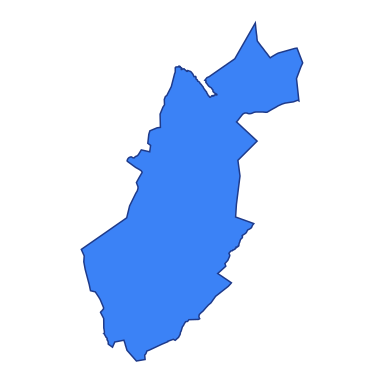 Høylandet nor, Nord-Trøndelag, Norway (Albers equal-area conic projection)
{"feature_id": "86288312B25157872919585", "entity_name": "Høylandet nor", "entity_type": "district", "adm_level": 2, "iso_a3": "NOR", "parent_name": "Norway", "parent_adm1": "Nord-Trøndelag", "projection": "albers", "projection_center": [12.389, 64.756], "detail": "fine", "context": "isolated", "style": "filled", "palette": "blue", "viewbox_px": 384, "rotation_deg": 0, "n_neighbors": 0, "source": "geoboundaries", "source_scale": "gbopen_adm2", "svg_char_len": 5325}
<svg xmlns="http://www.w3.org/2000/svg" viewBox="0 0 384 384"><path d="M255.3,23.0L234.8,58.8L209.1,76.7L207.0,77.6L204.8,80.3L205.8,80.7L206.1,81.1L205.8,81.9L205.9,82.6L206.3,82.9L206.9,83.7L207.6,84.7L208.6,86.0L209.7,86.9L211.2,87.8L211.6,88.3L212.0,89.0L212.9,89.9L212.9,91.0L213.2,91.8L213.7,92.0L213.9,92.5L215.0,93.3L216.8,94.3L216.9,94.8L216.6,94.9L215.7,94.9L215.0,94.7L214.2,95.4L214.0,95.8L213.4,96.0L212.7,96.2L212.4,96.1L212.4,95.9L212.6,95.6L211.9,95.7L211.4,96.2L210.7,97.0L210.1,97.3L209.7,97.2L209.5,96.9L209.1,96.2L208.4,95.7L207.8,94.6L207.3,93.7L206.7,92.7L206.6,92.1L205.4,90.6L204.6,89.5L203.7,88.3L203.1,86.9L202.3,86.0L201.1,84.3L200.3,83.7L200.0,83.3L199.6,82.3L198.7,81.6L198.2,81.3L197.7,81.2L197.4,80.1L197.1,79.6L196.4,79.5L196.0,78.7L196.0,77.2L195.7,77.1L195.6,76.5L195.3,76.4L194.7,76.6L194.1,76.7L193.7,76.0L193.1,74.6L192.4,73.4L191.7,72.7L191.1,71.9L190.4,71.4L189.3,71.1L188.4,70.7L187.5,70.5L187.2,70.8L187.2,71.3L186.7,71.3L186.2,70.8L185.8,70.4L185.1,69.8L184.4,69.4L184.2,68.9L182.5,68.9L181.9,69.5L181.3,69.5L181.2,69.0L181.4,68.2L181.5,67.8L180.5,67.4L180.0,67.2L180.3,66.9L180.3,66.7L179.9,66.4L179.2,66.1L178.9,66.1L178.7,66.4L178.6,66.7L178.2,66.9L177.4,66.9L175.9,67.0L175.7,67.5L175.4,68.1L175.2,68.1L175.3,69.0L175.2,71.4L175.3,72.0L174.6,73.7L174.5,74.1L171.3,86.6L166.8,95.5L165.4,96.5L164.3,99.4L164.5,104.8L162.9,107.2L160.1,114.1L160.4,127.4L157.1,127.8L149.9,130.8L148.8,134.3L147.8,143.3L150.6,145.4L149.7,151.8L141.3,149.9L138.6,154.3L137.8,155.3L137.3,155.7L136.3,156.3L135.7,156.4L135.0,156.9L134.7,157.3L134.5,157.6L134.4,157.7L134.0,157.9L133.1,157.8L132.5,157.6L131.8,157.1L131.4,156.9L130.8,156.9L129.4,157.4L128.9,157.7L128.1,158.5L127.7,159.1L127.3,160.0L127.2,160.3L127.1,160.8L127.3,161.3L135.6,167.4L139.0,169.3L141.0,170.6L141.4,171.0L141.7,171.5L142.0,172.0L142.1,172.5L138.9,178.0L136.4,182.6L138.0,186.7L138.0,188.4L137.2,191.0L137.0,191.4L136.2,192.6L135.7,193.5L129.6,205.9L126.7,217.8L105.8,232.4L81.3,249.4L84.2,255.9L83.8,261.8L85.2,269.4L89.2,284.5L90.5,290.7L95.3,291.9L99.1,297.6L99.6,298.6L100.1,299.3L103.6,307.7L103.5,308.1L103.5,308.4L103.5,308.6L103.5,308.8L103.5,309.0L103.3,309.1L103.2,309.2L103.0,309.5L102.8,309.7L102.7,309.9L102.5,310.0L102.2,310.4L102.1,310.6L101.7,311.0L101.2,311.4L100.9,311.8L100.6,312.1L100.5,312.3L103.7,318.5L103.8,327.9L104.4,331.5L104.3,332.8L104.3,333.9L104.2,333.9L104.3,334.0L104.8,334.9L105.1,335.5L105.4,335.9L105.4,336.0L105.6,336.2L105.7,336.6L105.8,336.9L106.2,337.4L106.4,337.5L106.7,337.9L106.8,338.0L107.1,338.3L107.2,339.0L107.0,339.8L107.6,340.4L107.8,340.8L108.0,341.5L108.3,342.3L108.2,342.5L108.2,342.9L108.2,343.2L108.3,343.4L108.2,343.9L108.3,344.2L112.5,347.2L114.8,342.0L123.9,340.2L125.1,343.8L125.4,345.2L125.6,345.7L127.0,350.3L134.2,358.5L136.4,361.0L145.1,359.5L144.7,355.1L145.9,353.7L146.9,351.0L149.3,350.1L161.9,344.2L167.8,341.7L167.8,341.3L173.3,339.3L174.2,339.8L175.2,340.3L176.4,339.3L177.4,338.3L178.6,337.4L178.8,336.7L179.5,335.7L179.9,334.8L180.3,333.9L180.3,333.2L180.5,332.3L180.8,331.6L181.1,331.2L182.3,327.2L182.4,326.8L183.4,325.6L184.1,324.1L185.6,321.7L187.6,321.4L188.9,319.7L198.6,319.4L199.7,318.7L199.2,317.8L198.9,316.3L199.3,314.5L201.1,312.7L203.0,311.1L206.1,307.5L208.4,305.0L210.9,302.9L215.6,296.3L228.3,286.3L230.6,283.8L231.4,282.8L217.7,273.5L225.8,266.2L224.9,263.6L227.8,260.4L229.5,256.5L229.8,255.2L228.9,253.3L230.7,251.1L231.1,250.9L231.5,250.8L232.0,250.9L232.5,250.4L232.8,250.2L233.0,249.9L233.4,250.0L233.5,249.9L233.8,249.7L234.2,249.5L234.5,249.4L234.8,249.3L234.9,249.2L235.0,249.0L235.2,248.8L235.3,248.7L235.5,248.5L235.4,248.5L235.2,248.5L235.2,248.4L235.5,248.2L235.9,248.0L236.0,247.9L235.9,247.9L236.0,247.7L236.3,247.6L236.4,247.4L236.3,247.2L236.5,247.2L236.5,247.3L236.8,247.1L237.1,247.1L237.2,246.9L237.4,246.9L237.3,247.1L237.5,246.9L237.8,246.7L238.0,246.5L238.0,246.4L238.1,246.1L238.2,245.9L238.3,246.0L238.5,246.1L238.8,245.8L238.8,245.7L239.0,244.1L239.1,243.6L239.2,243.2L239.3,242.9L239.5,242.5L239.7,242.2L239.8,241.8L239.8,241.6L240.0,241.1L240.2,240.6L240.2,240.3L240.3,240.1L240.4,239.9L240.8,239.2L241.1,238.8L241.4,238.6L241.7,238.4L242.0,238.1L242.1,237.8L242.5,237.1L242.5,236.8L242.4,236.6L242.1,235.9L242.2,235.6L242.4,235.4L245.5,233.4L245.9,233.0L246.4,232.4L247.4,230.4L247.9,229.8L248.4,229.6L248.9,229.4L249.4,229.1L250.4,228.5L251.3,227.8L251.5,227.5L251.6,227.4L252.0,226.4L252.3,225.6L252.7,225.0L252.9,224.7L253.2,224.4L253.6,223.9L253.8,223.6L235.6,217.0L235.9,212.3L236.1,209.2L236.4,204.5L240.0,176.0L237.9,160.3L257.1,141.1L236.5,121.9L237.6,120.7L240.9,116.4L242.7,114.2L244.1,113.3L245.1,113.0L245.9,113.0L247.1,113.1L247.9,113.5L248.8,113.7L249.6,113.7L250.7,113.6L251.8,113.3L253.0,112.8L253.7,112.4L255.1,112.1L256.0,112.0L257.6,112.0L262.8,112.0L265.9,112.3L267.2,112.2L268.0,111.7L269.5,110.8L271.2,109.8L272.6,109.0L275.9,107.2L277.7,106.1L278.6,105.6L280.0,105.0L282.0,104.1L283.5,103.6L285.1,103.1L289.0,102.5L293.1,101.9L294.1,101.6L297.0,100.5L297.5,100.3L298.0,100.4L298.9,100.9L296.5,78.6L300.9,66.8L302.7,62.9L297.0,48.1L294.9,48.4L291.7,49.3L278.2,53.1L276.1,54.2L272.7,56.2L270.2,57.8L269.1,56.5L267.2,53.9L265.1,51.3L262.9,48.3L260.8,45.7L257.3,41.0L257.0,38.9L256.8,36.2L256.4,33.3L255.9,29.0L255.6,25.7L255.3,23.0Z" fill="#3b82f6" stroke="#1e3a8a" stroke-width="1.5"/></svg>